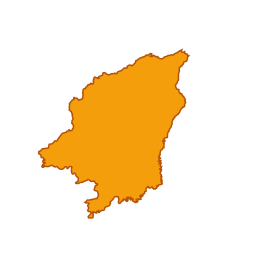 João Pinheiro, Minas Gerais, Brazil (Equal Earth projection), rotated 218°
{"feature_id": "56859067B28201931947833", "entity_name": "João Pinheiro", "entity_type": "district", "adm_level": 2, "iso_a3": "BRA", "parent_name": "Brazil", "parent_adm1": "Minas Gerais", "projection": "equal_earth", "projection_center": [-45.971, -17.645], "detail": "fine", "context": "isolated", "style": "filled", "palette": "amber", "viewbox_px": 256, "rotation_deg": 218, "n_neighbors": 0, "source": "geoboundaries", "source_scale": "gbopen_adm2", "svg_char_len": 5737}
<svg xmlns="http://www.w3.org/2000/svg" viewBox="0 0 256 256"><g transform="rotate(218 128 128)"><path d="M103.8,32.9L100.9,35.0L100.5,35.9L102.4,38.8L104.1,39.8L104.1,40.4L100.8,41.4L100.4,41.8L101.3,42.5L101.4,43.0L100.7,43.5L99.0,43.4L98.8,43.7L99.9,44.7L98.7,44.7L98.4,46.2L96.3,48.5L97.0,50.9L97.0,52.1L95.7,53.8L94.8,55.7L95.5,58.0L96.3,58.1L96.5,58.6L95.9,62.4L96.2,64.9L95.8,66.2L93.2,67.8L92.0,66.6L91.3,66.3L90.0,63.7L88.7,63.0L87.9,64.0L87.7,68.7L87.2,68.2L87.1,69.5L86.7,69.7L84.4,69.5L84.8,70.5L86.2,72.2L85.8,73.0L84.6,73.0L84.6,72.6L85.4,72.1L85.2,71.6L84.7,71.6L84.1,72.9L84.5,74.0L83.6,74.3L83.1,75.0L82.5,74.3L82.4,72.9L81.8,72.9L81.6,74.5L80.6,75.2L80.2,74.9L80.0,73.5L79.7,73.4L76.3,73.8L75.1,75.4L75.1,76.4L75.4,76.7L75.5,75.5L76.3,75.0L76.4,75.6L77.4,76.5L77.4,76.9L76.4,78.3L74.6,78.9L74.0,79.9L75.0,80.3L74.9,82.3L75.3,82.1L75.4,81.5L76.7,81.6L76.8,81.9L76.4,83.5L74.8,83.1L74.6,83.3L74.6,83.9L75.5,85.4L74.8,86.1L74.7,86.7L75.7,88.2L75.0,89.0L74.9,89.5L76.3,91.0L76.5,93.8L76.3,94.2L75.7,94.2L75.0,93.6L74.1,93.9L72.6,96.4L71.8,95.8L70.6,96.0L70.2,95.7L69.6,96.6L68.9,96.8L69.0,97.4L68.4,98.0L68.9,99.6L69.5,99.9L69.6,100.4L68.7,100.3L68.4,100.6L68.7,102.3L67.7,103.2L66.7,104.6L66.8,105.3L68.4,105.8L68.0,106.5L68.3,106.9L68.7,106.1L69.1,106.3L68.9,107.4L69.2,107.7L69.5,107.1L70.3,107.7L70.4,108.4L70.8,108.4L70.8,109.3L71.3,109.6L71.5,110.6L71.9,110.8L72.3,110.4L72.9,111.6L74.5,111.8L75.1,112.4L75.0,113.1L75.3,113.4L75.5,114.8L76.2,114.6L76.5,115.3L77.6,115.1L77.8,115.5L76.6,116.2L77.3,116.5L77.8,118.2L78.3,117.6L79.0,117.6L79.9,119.2L79.8,119.8L80.8,121.2L81.6,120.7L81.0,119.8L81.3,119.4L81.3,119.9L82.0,120.2L82.3,121.3L82.0,122.1L82.1,122.6L83.2,122.0L83.6,121.3L83.7,122.4L84.1,122.9L83.9,124.2L84.3,124.3L85.1,123.3L85.7,123.6L85.6,124.6L86.4,125.1L86.6,125.7L86.1,126.3L86.1,126.8L87.0,127.4L88.5,130.7L87.8,132.4L88.3,134.1L87.6,134.7L89.5,137.0L89.7,137.9L90.8,138.0L92.0,138.8L90.9,139.3L90.9,140.7L91.4,141.0L91.8,140.7L92.3,139.7L92.8,140.1L93.0,142.5L91.2,144.8L93.5,148.2L93.9,149.7L93.7,150.7L94.1,150.8L94.2,151.2L94.7,153.6L94.6,154.5L94.9,156.0L95.5,156.7L95.6,158.2L96.6,159.1L98.0,162.6L97.6,163.0L97.9,163.9L97.6,165.1L98.3,165.9L97.6,167.3L97.4,169.1L96.9,169.8L97.1,170.1L97.2,171.3L96.9,171.8L97.5,173.5L97.9,176.1L97.6,177.0L97.8,178.2L97.0,178.7L96.8,179.9L97.9,181.4L98.4,183.8L99.9,184.2L99.8,184.6L100.2,185.6L101.0,185.8L101.6,186.4L102.4,186.3L103.0,186.9L105.5,187.2L106.5,188.0L108.3,187.1L108.7,187.8L109.9,187.8L110.6,188.3L111.6,189.6L113.3,188.7L115.7,189.6L117.1,191.6L117.0,193.7L117.8,195.5L117.8,196.9L121.8,202.1L122.5,204.6L123.5,205.2L124.0,206.4L124.8,207.2L124.7,207.8L124.1,208.6L124.4,209.4L123.7,210.2L124.2,211.4L123.7,212.5L124.5,214.0L124.5,214.5L123.2,216.4L123.0,217.2L124.8,220.9L124.5,222.4L126.2,222.0L127.0,222.6L129.4,221.7L130.4,223.1L130.9,221.9L132.6,220.9L133.5,221.5L133.7,222.6L134.8,220.6L135.6,217.8L137.2,214.7L137.3,213.5L137.5,213.0L138.9,212.4L139.6,211.0L141.1,209.9L141.5,208.4L142.9,206.7L143.5,203.8L145.3,202.4L147.2,202.0L148.5,202.5L149.0,201.7L149.9,201.7L150.7,201.1L152.3,201.2L153.1,200.5L152.8,200.2L152.9,199.2L154.4,198.3L154.3,199.2L155.1,201.1L156.3,200.4L156.4,199.1L157.0,198.4L157.1,197.5L157.4,197.0L158.5,196.8L159.1,193.9L160.1,193.2L160.5,191.9L161.2,191.3L161.8,190.0L162.6,186.8L163.3,185.7L162.4,184.4L162.9,180.3L163.3,179.3L164.4,179.4L166.0,177.9L166.6,176.1L165.8,175.0L166.3,174.0L167.9,173.0L168.5,169.4L170.5,166.2L170.5,165.0L170.1,164.1L170.8,163.4L172.0,163.3L172.7,162.0L174.5,160.6L175.3,158.7L176.0,157.9L177.8,157.3L180.3,157.4L181.6,156.2L180.7,154.1L181.7,151.8L182.4,151.2L182.6,150.2L182.4,149.7L181.5,149.4L181.7,148.9L181.9,148.6L183.2,148.7L183.8,148.1L185.5,147.8L185.6,146.3L185.0,145.7L185.2,145.1L184.6,144.5L184.4,143.6L183.4,143.2L183.0,142.6L182.8,141.1L183.3,140.5L184.1,140.8L184.8,140.5L184.9,139.5L184.6,139.0L184.8,138.5L185.7,138.1L186.1,137.4L185.9,135.2L186.4,134.0L185.9,132.8L186.9,131.5L187.1,130.9L185.9,129.0L185.8,128.4L185.0,127.4L183.9,126.9L183.6,125.8L182.4,124.4L181.9,122.5L182.3,122.3L182.9,121.0L183.3,120.9L183.9,119.5L186.2,120.1L188.2,119.0L189.3,118.9L189.2,118.1L188.3,117.3L189.1,115.6L189.2,111.2L188.0,110.0L187.3,108.4L186.2,107.5L185.5,106.0L182.6,105.9L181.0,104.7L180.3,104.7L179.4,103.2L176.9,101.5L176.7,99.6L175.2,97.1L174.5,97.2L172.5,96.4L170.9,94.0L171.1,93.0L170.7,91.7L171.6,90.3L173.3,90.4L173.4,90.0L172.7,89.7L174.0,88.2L174.0,86.7L176.5,83.3L176.4,76.2L176.1,74.3L176.4,73.5L177.6,73.0L178.0,68.9L180.1,66.6L178.6,63.6L178.7,62.9L182.5,59.0L182.9,57.9L182.6,56.5L183.8,54.6L182.6,52.8L180.0,53.1L178.2,51.3L177.0,52.3L174.2,51.9L173.7,51.1L173.8,50.8L175.0,50.6L174.9,49.7L173.8,48.7L172.0,49.7L171.8,49.3L172.6,47.7L172.7,46.4L172.5,45.9L171.7,45.8L171.0,46.8L170.7,46.5L170.9,45.9L172.2,44.9L172.1,44.5L170.9,44.5L169.7,46.8L167.2,48.3L165.3,51.6L161.6,52.3L160.2,53.9L156.7,53.6L154.9,54.5L153.8,56.3L153.8,58.0L153.4,59.0L152.2,59.5L151.0,58.6L150.6,58.9L150.4,59.8L150.6,61.3L149.1,62.7L148.0,62.6L147.8,61.6L145.7,58.8L144.1,57.7L143.1,57.7L142.3,59.6L141.2,59.5L139.0,58.1L136.4,58.1L134.7,55.7L135.4,53.0L135.4,52.4L135.0,52.2L132.8,53.8L132.2,55.6L130.6,57.0L129.3,59.9L128.4,60.9L127.8,62.8L127.2,63.1L124.3,63.1L122.0,65.3L118.9,64.4L118.1,65.2L117.6,65.1L117.0,64.4L117.1,64.0L117.9,63.0L118.1,62.0L116.6,58.4L115.3,58.4L113.8,59.2L112.6,59.0L109.9,56.9L109.0,53.3L109.8,52.9L111.8,49.9L112.5,49.8L112.6,48.9L113.3,48.6L114.2,47.2L115.6,46.3L115.9,45.6L115.6,44.2L116.2,42.9L115.0,43.0L112.6,44.8L112.2,44.6L112.0,41.9L109.8,40.9L108.9,38.0L107.8,37.9L106.0,38.9L104.5,38.3L104.8,34.0L104.6,33.4L103.8,32.9ZM84.4,69.5L83.6,69.6L83.3,70.2L83.5,70.7L84.4,69.5Z" fill="#f59e0b" stroke="#b45309" stroke-width="1.5"/></g></svg>